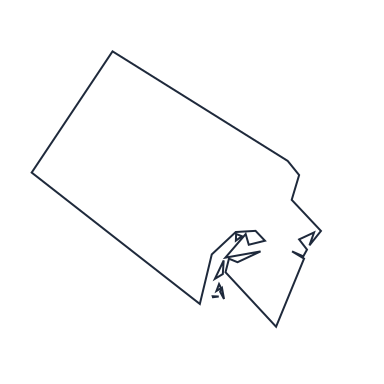 Washington, Equal Earth projection, rotated 218°
{"feature_id": "USA-3519", "entity_name": "Washington", "entity_type": "State", "adm_level": 1, "iso_a3": "USA", "parent_name": "United States of America", "parent_adm1": "", "projection": "equal_earth", "projection_center": [-122.689, 47.279], "detail": "coarse", "context": "isolated", "style": "outline", "palette": "slate", "viewbox_px": 384, "rotation_deg": 218, "n_neighbors": 0, "source": "natural_earth", "source_scale": "10m", "svg_char_len": 726}
<svg xmlns="http://www.w3.org/2000/svg" viewBox="0 0 384 384"><g transform="rotate(218 192 192)"><path d="M116.9,108.6L330.3,108.6L341.2,253.9L135.7,275.4L118.0,271.3L108.6,247.2L66.4,240.7L66.6,222.3L70.9,235.3L78.4,220.6L65.9,217.4L64.7,209.8L76.6,206.8L62.7,208.5L42.8,137.6L116.2,149.4L121.8,162.2L112.9,164.7L101.4,187.4L125.3,160.8L123.8,191.9L114.8,185.4L104.5,198.5L118.0,200.5L132.9,187.4L138.0,155.0L116.9,108.6ZM120.5,137.7L124.9,157.6L117.2,146.3L120.5,137.7ZM108.4,130.7L108.9,134.5L100.9,127.4L108.4,130.7ZM110.7,122.0L111.5,122.6L106.6,126.1L110.7,122.0ZM127.5,180.7L131.4,186.1L125.4,187.9L127.5,180.7ZM111.8,129.1L114.0,136.1L109.9,134.2L111.8,129.1Z" fill="none" stroke="#1e293b" stroke-width="2"/></g></svg>